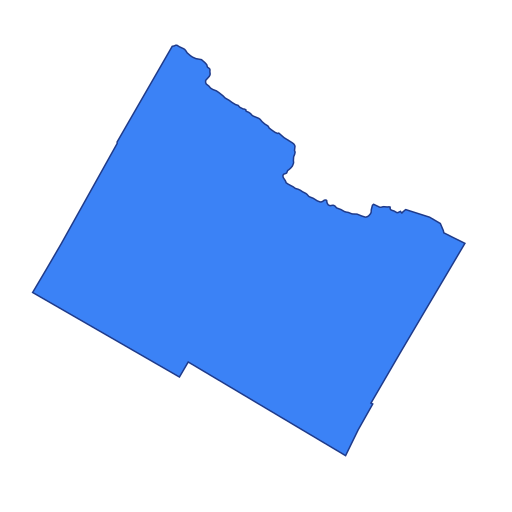 the district of Koochiching, Minnesota, United States of America, rotated 30°
{"feature_id": "52423323B71326746759120", "entity_name": "Koochiching", "entity_type": "district", "adm_level": 2, "iso_a3": "USA", "parent_name": "United States of America", "parent_adm1": "Minnesota", "projection": "robinson", "projection_center": [-93.793, 48.279], "detail": "fine", "context": "isolated", "style": "filled", "palette": "blue", "viewbox_px": 512, "rotation_deg": 30, "n_neighbors": 0, "source": "geoboundaries", "source_scale": "gbopen_adm2", "svg_char_len": 2434}
<svg xmlns="http://www.w3.org/2000/svg" viewBox="0 0 512 512"><g transform="rotate(30 256 256)"><path d="M430.6,140.6L416.4,141.5L407.1,142.0L406.6,141.5L405.5,140.3L399.4,135.7L386.9,135.6L362.6,140.9L362.4,141.0L362.2,141.5L361.1,144.5L361.1,145.3L360.9,145.6L360.6,145.9L360.3,145.8L358.8,145.1L357.5,147.0L357.3,147.4L356.4,148.0L353.1,148.0L350.2,148.6L349.1,148.4L347.9,147.2L347.8,146.6L347.5,146.6L346.6,146.9L345.2,147.9L342.2,149.3L341.4,149.8L339.9,151.3L338.8,151.9L332.0,152.4L331.8,152.8L331.5,153.9L332.7,158.3L333.9,160.6L334.0,162.4L333.6,164.5L332.9,166.1L331.7,167.4L331.2,167.7L327.5,168.5L322.6,169.2L318.6,171.3L317.7,171.6L314.2,172.1L312.1,172.9L310.3,173.3L306.4,173.3L302.1,174.0L301.5,174.0L299.6,173.3L297.9,173.3L296.9,173.8L295.4,175.1L294.9,175.4L293.6,175.6L293.0,175.6L291.6,174.9L290.5,174.0L289.5,172.6L288.8,172.5L287.9,172.9L287.1,173.7L286.4,175.4L285.5,176.5L285.1,176.8L284.5,177.1L281.5,177.6L276.8,177.4L272.5,178.0L271.6,177.9L269.3,177.1L267.8,176.9L263.9,177.1L261.7,176.9L259.2,177.1L256.3,177.8L255.3,177.7L253.6,177.5L251.3,177.6L247.9,177.7L245.4,177.5L244.6,176.7L243.5,176.0L240.7,174.6L239.9,174.0L239.1,172.9L239.0,172.0L239.1,171.4L239.3,171.0L240.7,169.4L241.0,168.8L240.9,167.7L240.7,166.6L240.7,166.1L241.5,164.3L242.1,162.4L242.5,160.2L242.5,159.6L242.1,157.1L241.8,156.2L240.7,154.7L239.0,151.3L238.6,148.5L238.0,146.7L237.6,146.2L236.6,145.4L234.9,141.5L234.1,140.8L233.2,140.3L232.4,140.0L230.4,139.8L221.1,139.5L214.6,138.2L213.9,138.4L213.6,138.9L213.3,139.1L210.6,139.4L206.1,139.0L203.4,138.6L201.8,137.6L201.0,137.4L197.6,137.3L194.0,136.6L191.3,135.6L189.6,135.4L183.7,136.2L182.1,136.1L180.1,135.4L177.7,135.2L175.6,135.5L174.6,135.3L174.2,134.5L172.7,134.5L171.3,135.1L167.5,135.3L165.2,134.5L162.6,135.1L158.3,135.0L155.1,134.6L150.2,134.6L147.4,133.8L142.0,133.0L139.1,132.8L135.2,133.4L132.6,133.3L130.2,132.4L127.3,132.0L126.7,131.8L125.8,131.1L125.7,131.0L124.7,129.4L124.7,128.6L125.7,123.8L125.6,122.1L125.2,121.2L123.8,119.3L123.1,117.8L122.1,117.0L119.5,116.7L117.6,114.9L115.2,114.1L110.6,113.2L105.3,115.1L101.6,115.5L98.9,115.3L94.8,114.5L92.3,113.2L90.7,112.7L89.5,112.7L84.9,113.1L82.3,113.0L81.6,113.3L81.0,113.7L80.2,114.9L78.6,116.3L78.7,226.7L79.5,227.9L81.2,342.8L81.1,370.4L80.8,399.3L250.2,399.1L250.3,381.7L433.4,384.1L431.4,355.4L431.1,325.8L429.1,325.9L429.3,265.6L430.6,140.6Z" fill="#3b82f6" stroke="#1e3a8a" stroke-width="1.5"/></g></svg>